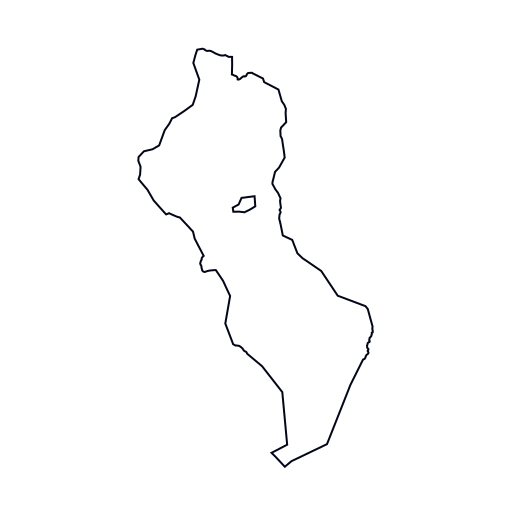 outline of Aldarxaan, Dzavhan, Mongolia, rotated 262°
{"feature_id": "93677404B43820021416267", "entity_name": "Aldarxaan", "entity_type": "district", "adm_level": 2, "iso_a3": "MNG", "parent_name": "Mongolia", "parent_adm1": "Dzavhan", "projection": "mercator", "projection_center": [96.609, 47.727], "detail": "fine", "context": "isolated", "style": "outline", "palette": "ink", "viewbox_px": 512, "rotation_deg": 262, "n_neighbors": 0, "source": "geoboundaries", "source_scale": "gbopen_adm2", "svg_char_len": 5697}
<svg xmlns="http://www.w3.org/2000/svg" viewBox="0 0 512 512"><g transform="rotate(262 256 256)"><path d="M468.5,226.5L463.9,224.2L455.9,220.8L438.5,224.4L422.6,218.5L414.5,214.4L409.4,204.8L404.7,195.0L404.1,192.1L399.1,188.6L393.4,183.2L387.1,179.8L382.2,177.2L379.0,175.5L376.1,168.4L375.3,159.6L370.4,153.5L366.8,152.7L366.6,152.8L366.2,152.8L363.1,153.5L360.5,154.1L357.3,153.5L352.6,152.5L348.5,150.4L345.2,152.4L336.6,157.8L325.2,162.4L320.1,165.8L319.9,165.9L315.6,168.8L309.8,172.7L309.7,172.8L309.8,173.2L310.0,174.0L310.1,174.5L310.5,175.8L309.4,177.5L306.0,183.0L304.7,186.0L293.0,194.2L292.8,194.3L290.9,195.6L289.0,197.0L281.7,197.7L279.5,198.5L275.5,199.9L275.3,200.0L275.2,200.0L274.8,200.1L271.3,201.4L264.8,203.7L264.7,203.7L263.4,204.2L262.9,203.4L262.6,203.1L262.2,202.6L261.9,202.3L261.5,202.0L261.3,201.9L261.1,201.9L260.8,201.8L260.6,201.8L260.4,201.8L260.1,201.7L259.9,201.6L259.7,201.5L259.6,201.3L259.4,201.2L259.2,201.0L258.8,200.8L258.6,200.6L258.4,200.5L257.9,200.3L257.6,200.2L257.4,200.1L257.0,200.0L256.7,199.8L256.4,199.7L256.2,199.7L255.9,199.8L255.6,199.8L255.4,199.9L255.0,199.9L254.9,199.9L254.8,200.0L254.7,200.1L254.5,200.3L254.0,200.4L253.6,200.5L253.0,200.5L252.7,200.5L252.3,200.4L251.9,200.4L251.4,200.5L250.7,200.6L250.2,200.7L249.6,200.7L249.1,200.8L248.7,201.0L248.3,201.3L248.0,201.6L247.8,201.9L247.6,202.2L247.5,202.4L247.4,202.8L247.4,203.1L247.4,203.8L247.7,205.0L247.9,205.8L247.9,206.3L248.0,207.0L248.0,208.1L248.0,209.8L247.7,214.2L242.7,216.7L235.8,220.0L230.1,221.7L220.0,224.8L193.4,216.2L176.3,220.1L171.8,221.1L171.6,221.4L171.0,222.2L170.5,222.9L170.2,223.2L170.2,223.4L170.1,223.6L170.1,224.0L170.1,224.4L169.7,225.7L169.4,226.5L169.3,226.9L169.1,227.1L168.9,227.4L168.4,227.8L168.0,228.3L167.0,229.2L166.6,229.6L166.2,229.8L165.6,230.1L164.9,230.4L164.2,230.8L163.7,231.1L163.4,231.4L163.2,231.7L162.9,232.2L162.5,232.8L162.3,233.0L162.1,233.1L161.8,233.2L161.6,233.3L161.3,233.4L160.8,233.5L160.4,233.7L146.0,246.7L142.5,248.7L117.9,262.9L117.6,263.1L64.8,260.6L58.9,244.0L54.6,247.3L43.3,255.2L47.9,262.6L48.7,265.1L50.8,271.8L55.4,286.2L58.0,294.5L58.3,295.5L58.5,295.9L59.5,299.2L59.8,300.1L64.0,302.5L115.3,331.6L136.4,346.1L136.5,346.2L138.6,347.6L138.7,348.2L138.8,348.5L138.9,348.9L139.1,349.3L139.5,349.7L139.9,350.0L140.2,350.2L140.6,350.4L141.0,350.6L141.4,350.7L141.7,351.0L142.1,351.2L142.4,351.5L142.6,351.7L142.8,351.9L143.1,352.5L143.4,353.0L143.6,353.2L143.9,353.6L144.2,353.8L144.6,353.9L144.8,353.9L145.0,353.9L145.3,353.8L145.6,353.7L145.8,353.5L146.0,353.4L146.4,353.4L146.6,353.4L146.8,353.6L146.9,353.8L147.1,353.8L147.3,354.0L147.6,354.1L147.9,354.3L148.1,354.3L148.4,354.3L148.6,354.2L148.8,353.9L149.1,353.6L149.4,353.5L149.7,353.4L149.8,353.4L150.0,353.4L150.5,353.5L150.9,353.4L151.1,353.4L151.3,353.4L151.6,353.4L151.8,353.4L151.9,353.5L152.2,353.7L152.5,353.8L152.8,354.0L153.0,354.1L153.5,354.3L154.0,354.4L154.2,354.6L154.4,354.7L154.6,355.0L154.8,355.5L154.9,356.0L155.0,356.0L155.1,356.3L155.3,356.6L155.5,356.7L155.8,356.7L156.0,356.7L156.4,356.4L156.7,356.4L156.9,356.4L157.1,356.5L157.4,356.6L157.6,356.6L157.8,356.7L158.1,356.9L158.4,356.9L158.6,356.9L158.9,357.0L159.1,357.1L159.2,357.3L159.4,357.5L159.6,357.7L159.7,357.9L159.8,358.0L160.0,358.4L160.2,358.6L160.7,358.9L160.9,359.1L161.0,359.2L161.2,359.3L161.5,359.3L161.9,359.5L162.2,359.6L162.3,359.7L162.7,359.8L162.9,359.9L163.2,359.9L163.3,359.9L163.5,359.9L163.8,359.9L164.0,360.1L164.0,360.4L164.1,360.8L164.3,360.9L164.4,361.0L164.7,361.0L164.9,361.0L165.1,361.1L165.4,361.2L165.9,361.2L166.2,361.2L166.5,361.1L166.9,361.0L167.2,361.0L167.3,361.0L167.5,361.0L167.8,361.1L168.1,361.2L168.3,361.3L168.6,361.2L168.9,361.3L169.1,361.4L169.4,361.5L169.7,361.6L170.1,361.6L188.0,359.3L191.1,357.4L205.3,331.4L232.1,318.5L241.7,308.0L244.0,305.5L247.3,301.8L252.9,297.4L261.8,295.3L265.8,294.4L266.2,294.3L266.9,294.1L272.6,285.4L284.9,284.7L285.5,284.5L286.6,284.6L288.6,284.2L290.7,284.3L292.4,284.8L293.6,285.0L294.8,285.8L295.7,286.4L296.6,286.4L298.1,285.8L298.7,285.9L299.1,286.5L299.7,287.1L300.2,287.4L304.3,287.4L304.6,287.4L307.2,287.5L309.7,288.3L315.4,286.6L319.8,284.2L320.0,284.2L322.2,283.4L325.1,282.3L327.2,282.7L328.7,283.4L329.2,283.6L332.2,284.8L336.7,286.6L340.3,291.1L349.5,298.1L354.9,298.2L356.6,298.2L362.3,298.1L368.0,298.1L368.4,298.0L371.0,297.2L371.3,297.0L373.0,297.2L374.6,297.3L374.9,297.4L376.8,297.5L379.7,298.7L384.3,304.5L386.5,304.7L393.4,305.2L397.5,306.1L401.9,305.0L405.6,303.1L417.7,301.4L427.0,288.3L430.8,287.6L436.9,278.8L437.0,278.5L437.3,278.3L437.6,278.0L437.8,277.6L438.1,277.2L438.1,276.4L438.2,275.6L438.2,274.9L438.3,274.3L438.2,273.4L437.7,272.8L437.1,272.1L436.6,271.9L436.0,271.5L435.7,271.3L435.6,270.8L435.4,270.5L435.3,270.1L435.3,269.7L435.6,269.4L435.7,268.9L435.7,268.5L435.3,267.7L434.9,266.9L433.6,265.0L433.4,264.4L433.1,263.4L433.2,263.0L433.4,262.4L434.4,262.5L435.4,262.4L436.4,261.9L436.9,261.2L437.5,260.2L438.0,259.1L438.7,258.3L439.1,257.4L448.7,259.0L456.5,260.0L457.0,256.7L459.3,253.4L459.1,252.7L459.1,250.9L459.5,249.3L459.9,248.1L460.6,246.8L461.2,245.8L462.0,244.4L462.6,243.5L463.7,242.1L464.6,240.9L465.1,240.1L465.6,239.0L465.7,238.5L465.8,238.1L465.8,237.0L465.9,236.6L466.0,235.8L466.2,235.4L466.6,234.8L467.0,234.3L467.3,234.0L467.7,233.9L467.9,233.5L468.1,233.0L468.4,232.5L468.7,232.0L468.5,226.5ZM315.5,255.9L315.4,262.9L308.0,262.4L305.3,262.2L303.1,257.2L302.4,255.3L301.2,251.5L300.9,250.7L302.2,245.7L303.0,239.7L305.2,239.7L305.4,239.7L307.1,239.7L309.4,245.9L312.2,247.7L312.5,247.8L313.5,248.5L315.0,249.4L315.6,249.8L315.5,252.2L315.5,253.3L315.5,254.5L315.5,255.4L315.5,255.5L315.5,255.9Z" fill="none" stroke="#020617" stroke-width="2"/></g></svg>